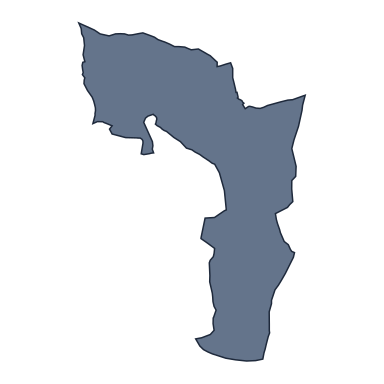 Funtua, Katsina, Nigeria
{"feature_id": "59680162B95285688800937", "entity_name": "Funtua", "entity_type": "district", "adm_level": 2, "iso_a3": "NGA", "parent_name": "Nigeria", "parent_adm1": "Katsina", "projection": "mercator", "projection_center": [7.292, 11.431], "detail": "fine", "context": "isolated", "style": "filled", "palette": "slate", "viewbox_px": 384, "rotation_deg": 0, "n_neighbors": 0, "source": "geoboundaries", "source_scale": "gbopen_adm2", "svg_char_len": 2671}
<svg xmlns="http://www.w3.org/2000/svg" viewBox="0 0 384 384"><path d="M195.7,338.9L197.1,341.3L199.9,346.1L203.5,349.6L207.8,351.9L212.4,353.9L225.8,358.2L235.4,359.8L246.5,361.0L255.6,360.6L262.8,359.1L264.0,352.8L265.2,348.9L266.1,344.9L268.2,336.7L269.6,332.9L269.3,330.4L269.3,324.6L269.2,311.8L271.5,303.7L271.5,300.3L275.0,289.8L278.4,285.2L280.9,281.1L281.9,279.4L285.3,273.5L287.6,268.9L288.2,267.7L293.4,257.3L294.5,252.6L291.7,251.4L290.4,249.4L288.3,244.7L284.2,241.5L280.4,232.7L279.6,229.6L277.5,223.6L276.4,219.6L275.6,214.8L275.4,213.6L287.5,207.4L289.7,204.6L292.8,201.6L291.7,189.0L291.8,180.5L295.7,176.4L296.1,166.3L291.8,148.6L294.0,139.8L298.5,126.3L302.0,110.4L302.6,105.2L305.2,95.2L292.6,99.7L287.9,100.1L285.0,100.8L280.6,101.9L275.5,103.3L267.5,105.5L263.7,107.3L260.2,108.4L256.0,108.1L252.7,107.0L249.7,106.3L248.5,106.5L247.2,107.4L245.2,108.7L242.6,104.5L243.9,103.2L242.7,102.2L241.9,100.7L241.3,100.3L239.6,99.4L239.2,99.4L238.9,99.2L237.4,98.0L238.1,97.2L237.0,92.3L236.0,92.4L235.5,89.2L234.9,86.7L234.1,83.3L232.7,77.7L232.7,68.4L230.6,62.8L226.0,64.1L220.2,66.0L217.1,66.6L217.2,62.2L215.5,60.7L210.2,55.7L207.6,54.3L198.4,49.0L191.2,49.8L188.0,48.5L184.8,47.1L178.8,46.6L174.5,46.6L169.4,44.0L164.7,42.0L162.3,41.2L158.0,39.6L154.5,37.2L150.6,35.7L142.9,32.9L139.3,33.5L132.1,34.9L128.5,35.1L124.6,33.9L120.3,33.7L115.5,33.9L109.1,35.9L100.1,33.9L94.3,30.0L78.8,23.0L81.2,28.6L81.7,33.8L83.7,37.7L84.5,45.6L83.1,54.8L84.5,60.3L84.9,61.7L82.8,62.3L82.1,65.4L82.6,69.3L83.2,72.6L82.4,74.6L84.8,77.8L84.2,80.1L84.0,83.7L87.5,90.5L92.2,97.2L93.7,101.0L94.6,104.4L95.4,107.8L95.5,110.7L95.0,113.6L95.1,115.2L92.9,123.6L97.4,121.6L101.1,121.7L102.7,121.7L104.1,122.6L106.1,123.3L112.1,125.8L109.5,129.1L112.1,134.0L125.6,137.6L137.2,137.9L137.3,138.0L140.3,138.1L142.1,139.4L142.9,140.9L143.0,143.1L141.2,153.8L143.8,154.6L149.3,153.7L151.6,153.1L153.6,152.9L152.3,149.2L152.9,145.8L152.4,141.6L143.7,122.3L145.5,118.1L148.0,116.1L153.2,114.3L154.2,115.3L155.1,115.8L156.5,117.4L156.8,119.1L156.3,121.0L156.0,122.8L155.4,124.1L157.2,125.7L160.4,127.4L162.1,129.1L164.2,130.5L166.5,131.4L173.9,137.5L180.4,141.6L186.4,148.1L191.9,149.8L195.0,152.0L199.8,154.5L203.3,157.1L209.1,160.9L212.1,163.2L214.7,164.2L219.4,172.8L224.4,190.6L226.3,209.9L224.3,210.8L222.1,212.3L214.5,217.5L205.1,218.1L201.1,237.4L201.0,238.6L205.2,241.5L207.6,243.2L214.6,248.4L214.1,253.4L213.3,256.7L210.2,260.3L209.3,262.8L209.9,275.7L209.7,281.8L212.3,293.2L212.7,296.9L213.0,301.7L214.1,306.5L216.1,310.1L213.7,317.1L213.2,318.0L213.1,323.7L214.1,330.3L210.3,334.5L201.6,337.8L198.8,338.3L195.7,338.9Z" fill="#64748b" stroke="#1e293b" stroke-width="1.5"/></svg>